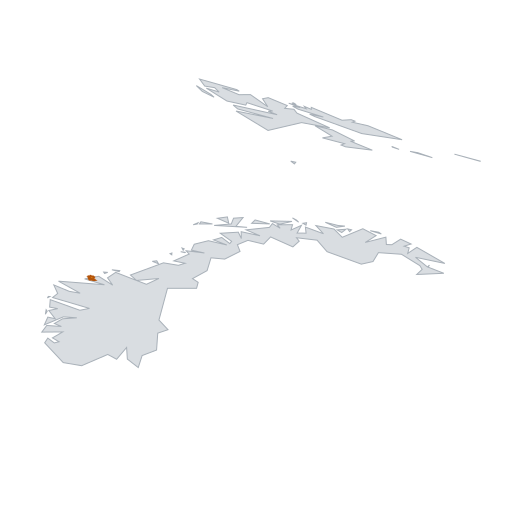 location of Fræna nor, Møre og Romsdal, Norway, rotated 17°
{"feature_id": "86288312B12375056094040", "entity_name": "Fræna nor", "entity_type": "district", "adm_level": 2, "iso_a3": "NOR", "parent_name": "Norway", "parent_adm1": "Møre og Romsdal", "projection": "equal_earth", "projection_center": [7.135, 62.879], "detail": "fine", "context": "in_parent", "style": "filled", "palette": "amber", "viewbox_px": 512, "rotation_deg": 17, "n_neighbors": 0, "source": "geoboundaries", "source_scale": "gbopen_adm2", "svg_char_len": 6177}
<svg xmlns="http://www.w3.org/2000/svg" viewBox="0 0 512 512"><g transform="rotate(17 256 256)"><path d="M309.8,223.0L289.4,226.7L293.0,229.2L288.6,236.5L264.4,233.5L259.8,242.4L243.7,243.4L234.9,250.6L239.4,256.3L227.0,268.1L213.5,270.9L213.5,284.3L201.9,296.2L208.4,298.1L208.6,304.3L180.8,312.8L181.9,345.6L193.4,352.2L184.6,358.5L188.4,375.0L176.2,384.5L176.0,397.1L163.1,392.2L159.0,381.3L152.9,395.5L143.0,393.5L121.3,411.9L102.8,414.3L79.3,400.8L80.9,395.4L88.5,398.1L92.7,395.6L85.3,393.8L93.4,385.1L73.4,391.4L76.2,383.6L90.5,380.3L82.9,379.5L89.4,372.6L102.7,367.5L89.6,370.5L73.7,383.7L74.8,375.3L82.3,374.7L73.8,368.7L81.8,364.3L73.6,365.2L72.0,357.9L103.4,359.4L112.1,354.8L73.6,355.2L77.3,349.8L71.1,342.8L87.7,344.4L98.7,343.0L74.5,337.8L119.5,327.8L98.8,328.0L111.5,321.4L127.5,325.8L120.4,320.3L126.6,312.7L159.5,315.1L169.7,305.9L148.9,314.3L141.5,310.9L169.5,289.6L184.5,287.6L190.3,283.7L178.8,284.7L191.5,273.7L187.7,271.4L205.8,268.2L192.5,269.3L193.5,262.8L206.0,255.3L224.9,254.0L210.7,253.0L217.8,248.3L227.3,251.8L228.4,249.1L215.2,244.7L232.1,238.4L236.9,243.6L234.7,237.1L253.9,235.5L238.9,233.9L260.5,224.7L262.2,220.2L271.0,222.4L267.2,219.9L281.8,215.4L281.9,220.9L290.5,213.4L288.6,222.1L297.2,219.5L294.8,213.9L314.0,215.0L304.4,209.4L322.7,207.4L333.0,212.9L350.2,198.7L364.9,201.4L356.5,211.1L374.7,200.0L377.3,206.9L382.6,205.5L389.4,197.6L400.8,199.2L394.8,203.3L400.1,203.4L400.3,209.2L407.3,200.7L438.8,207.9L408.9,210.6L423.0,216.3L440.7,217.6L415.1,226.7L418.8,220.2L415.5,217.3L394.6,211.8L372.1,217.0L369.5,227.1L359.1,233.0L322.7,231.1L309.8,223.0ZM221.4,101.0L241.9,103.0L240.3,106.4L249.4,104.6L253.4,107.4L289.0,111.9L260.6,115.1L230.8,132.4L194.5,123.2L232.1,119.5L195.5,120.7L190.0,118.3L234.9,114.7L225.4,114.0L229.6,112.5L202.5,112.0L202.1,114.7L182.9,116.3L159.4,110.0L172.8,110.0L167.2,107.1L157.3,108.5L150.3,103.3L188.9,102.5L191.8,103.3L174.4,104.9L192.6,106.7L203.5,103.3L223.6,109.8L216.3,103.7L221.4,101.0ZM265.4,97.7L298.6,101.0L307.2,97.8L311.2,98.1L309.0,99.9L325.1,98.7L361.7,102.1L321.3,108.0L271.7,105.5L265.8,104.7L279.8,103.4L253.4,103.3L247.2,102.0L254.8,101.1L242.6,100.3L260.9,100.5L258.5,98.8L266.0,99.6L265.4,97.7ZM292.1,113.1L316.7,117.2L312.7,118.6L336.3,120.8L309.8,125.4L304.9,125.0L307.8,122.7L285.0,123.6L293.7,119.2L274.4,114.2L292.1,113.1ZM228.1,233.5L239.1,231.2L207.0,239.0L223.0,232.6L223.5,226.4L232.4,223.0L228.1,233.5ZM244.6,221.8L259.8,221.3L242.3,226.0L244.6,221.8ZM259.2,218.3L280.3,212.4L269.5,218.6L259.2,218.3ZM149.1,110.5L165.6,114.6L169.5,116.4L156.5,114.3L149.1,110.5ZM217.2,227.0L220.3,232.6L208.1,231.2L217.2,227.0ZM332.3,201.4L324.4,205.1L312.4,203.5L325.8,202.8L332.3,201.4ZM334.2,204.1L331.1,208.5L326.0,207.3L334.2,204.1ZM193.3,239.4L205.0,238.1L192.5,241.9L193.3,239.4ZM442.3,99.9L416.0,100.6L443.2,99.7L442.3,99.9ZM380.5,109.9L395.9,110.4L372.7,110.9L380.5,109.9ZM357.8,198.4L366.4,197.4L369.4,198.3L357.8,198.4ZM339.7,203.0L338.4,205.3L335.7,203.3L339.7,203.0ZM294.6,209.4L294.8,211.9L291.3,211.0L294.6,209.4ZM266.6,154.7L265.8,156.7L261.5,155.1L266.6,154.7ZM361.7,112.2L354.6,112.0L353.8,111.5L361.7,112.2ZM162.5,289.6L165.0,291.9L158.4,291.4L162.5,289.6ZM279.7,208.9L284.2,209.8L286.9,211.2L279.7,208.9ZM247.2,98.6L250.3,99.5L245.6,99.2L247.2,98.6ZM129.7,311.0L122.2,311.3L130.0,309.8L129.7,311.0ZM119.0,315.0L116.3,317.0L115.0,315.9L119.0,315.0ZM190.6,242.5L186.8,244.5L190.9,241.1L190.6,242.5ZM72.5,369.8L71.6,373.3L71.0,368.7L72.5,369.8ZM184.7,271.8L182.9,270.0L185.2,270.1L184.7,271.8ZM424.5,214.0L424.0,216.0L423.6,215.6L424.5,214.0ZM186.9,273.6L182.7,273.9L187.7,273.1L186.9,273.6ZM174.7,277.7L175.1,279.5L173.1,278.9L174.7,277.7ZM70.7,355.0L68.8,357.1L69.2,355.4L70.7,355.0Z" fill="#d9dde1" stroke="#a8b0b8" stroke-width="1"/><path d="M107.0,323.4L106.9,323.3L106.7,323.3L106.8,323.3L106.6,323.3L106.5,323.2L106.4,323.0L106.2,323.0L105.8,323.2L105.5,323.2L105.4,323.2L105.2,323.2L104.9,323.2L105.2,323.2L105.2,323.3L104.8,323.3L104.7,323.4L104.4,323.3L104.2,323.3L104.3,323.4L104.2,323.4L104.4,323.4L104.4,323.5L104.2,323.5L104.3,323.7L104.2,323.8L104.1,323.7L103.9,323.7L103.7,323.6L103.4,323.7L103.5,323.8L103.4,323.8L103.0,323.9L103.2,324.0L103.2,323.9L103.1,324.0L103.0,323.9L102.9,323.9L102.8,324.0L102.9,323.9L102.9,324.0L102.7,324.0L102.9,324.0L102.5,324.1L102.1,324.2L102.3,324.2L102.1,324.2L102.0,324.3L102.5,324.2L102.5,324.3L102.3,324.3L102.2,324.4L101.9,324.4L101.9,324.5L101.6,324.6L101.4,324.6L101.4,324.8L101.4,324.7L101.5,324.7L101.4,324.7L101.5,324.7L101.5,324.8L101.8,324.8L101.7,324.8L101.9,324.8L102.0,324.8L102.4,324.8L102.2,324.9L101.9,325.0L102.0,325.0L102.2,324.9L102.3,324.9L102.3,325.0L102.4,324.9L102.5,324.9L102.4,324.9L102.4,325.0L102.5,325.0L102.4,325.1L102.4,325.3L102.4,325.2L102.4,325.3L102.7,325.3L102.8,325.3L102.7,325.4L102.8,325.4L102.7,325.4L102.7,325.5L102.9,325.5L103.0,325.5L102.9,325.7L103.0,325.7L102.9,325.7L102.9,325.8L102.7,325.8L102.8,325.9L102.8,326.0L102.9,325.9L103.0,325.9L103.3,325.9L103.6,325.9L104.1,325.9L104.3,325.8L104.9,325.7L105.2,325.7L105.3,325.7L105.5,325.7L105.4,325.7L105.5,325.8L105.3,325.8L105.2,325.8L105.5,325.9L105.7,326.0L105.9,326.0L106.0,326.0L105.8,326.0L105.7,326.1L105.7,326.3L105.9,326.3L106.0,326.4L106.3,326.3L106.5,326.4L106.4,326.5L106.2,326.4L105.8,326.5L105.5,326.5L105.3,326.5L105.3,326.4L105.2,326.3L105.2,326.2L104.7,326.3L104.4,326.3L104.3,326.2L104.1,326.3L103.9,326.3L103.9,326.2L104.0,326.2L104.3,326.2L104.5,326.1L104.4,326.1L104.1,326.0L103.9,326.1L103.6,326.1L103.3,326.2L103.0,326.2L102.9,326.2L102.9,326.3L103.2,326.2L102.9,326.3L102.7,326.4L102.8,326.4L103.0,326.3L102.8,326.4L102.8,326.5L102.7,326.5L102.7,326.8L102.8,326.8L103.2,326.9L103.3,327.0L103.6,327.4L104.0,327.3L104.3,327.3L104.6,327.2L104.9,327.1L105.1,327.1L105.3,327.0L105.8,326.8L106.3,326.9L106.7,326.9L107.3,326.7L107.8,326.7L108.2,326.6L108.6,326.6L109.0,326.4L109.2,326.2L109.4,326.1L108.9,326.0L108.7,325.9L108.8,325.7L109.0,325.7L108.8,325.6L108.6,325.6L108.4,325.7L107.8,325.7L107.6,325.2L107.4,325.0L107.1,324.9L107.3,324.8L107.3,324.7L107.2,324.6L106.9,324.4L106.5,324.0L106.8,323.7L107.0,323.5L106.9,323.5L106.9,323.4L107.0,323.4Z" fill="#f59e0b" stroke="#b45309" stroke-width="1.5"/></g></svg>